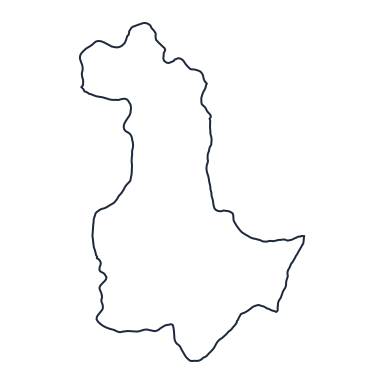 VIII-2 Lower Potaro/Ladsm, Potaro-Siparuni, Guyana (Robinson projection)
{"feature_id": "73187651B19999842805850", "entity_name": "VIII-2 Lower Potaro/Ladsm", "entity_type": "district", "adm_level": 2, "iso_a3": "GUY", "parent_name": "Guyana", "parent_adm1": "Potaro-Siparuni", "projection": "robinson", "projection_center": [-59.037, 4.863], "detail": "fine", "context": "isolated", "style": "outline", "palette": "slate", "viewbox_px": 384, "rotation_deg": 0, "n_neighbors": 0, "source": "geoboundaries", "source_scale": "gbopen_adm2", "svg_char_len": 5921}
<svg xmlns="http://www.w3.org/2000/svg" viewBox="0 0 384 384"><path d="M206.8,83.6L204.9,81.5L203.8,79.2L203.0,75.7L202.4,74.1L201.4,72.7L200.4,71.6L198.8,70.8L196.8,70.1L195.3,69.7L193.9,69.4L192.3,69.4L190.7,69.2L189.4,68.2L188.4,67.1L187.1,65.9L185.4,63.8L183.3,60.6L181.7,59.3L180.0,58.5L178.3,58.2L176.4,58.9L174.8,59.5L173.6,61.0L169.7,62.7L168.2,63.0L166.5,62.6L165.1,61.6L163.9,60.5L163.3,58.3L163.6,56.0L163.7,53.3L164.6,51.4L165.2,49.6L164.5,48.1L163.0,46.8L161.0,44.9L159.5,43.4L158.3,42.3L157.1,40.9L156.0,39.8L155.7,37.8L155.5,35.8L155.8,33.9L155.1,32.4L153.9,30.6L152.4,29.0L151.2,27.5L150.6,25.9L149.5,24.7L147.7,23.7L146.1,23.1L144.7,23.0L142.6,23.2L140.7,24.0L138.7,24.6L136.7,25.3L135.0,26.0L132.7,26.8L131.4,27.8L129.2,31.3L129.0,33.0L128.6,34.9L127.2,36.1L126.6,38.2L126.0,40.1L125.3,41.7L124.5,43.3L123.1,44.6L121.8,45.8L120.3,46.6L118.6,47.2L117.0,47.4L115.0,47.2L113.5,46.9L111.6,46.5L109.6,45.3L103.8,42.3L101.5,41.4L99.9,41.1L98.0,41.0L96.1,41.5L94.4,42.7L93.1,43.9L91.6,45.1L90.2,46.1L87.2,47.9L85.8,48.8L82.9,51.6L81.8,52.7L80.6,54.5L80.1,56.1L79.9,58.4L80.7,61.0L81.4,63.0L82.1,64.7L82.4,66.4L82.7,68.1L82.6,70.0L81.8,73.5L82.0,75.7L82.4,77.8L83.0,79.6L83.2,81.5L83.1,83.6L82.9,85.3L81.4,87.1L83.4,89.2L84.5,91.4L86.2,91.9L88.0,93.0L89.5,94.0L91.3,94.3L93.3,95.2L96.8,96.4L98.7,96.7L102.5,97.3L106.6,98.5L108.5,99.1L110.8,99.7L113.1,99.9L116.6,99.9L118.0,100.0L119.9,99.6L121.5,99.1L123.5,98.8L125.5,98.8L126.9,99.5L128.2,100.7L129.3,102.6L130.4,104.4L130.8,106.1L131.0,108.3L130.7,110.3L130.6,112.0L130.2,113.7L129.5,115.4L128.2,117.4L127.1,119.0L126.0,120.7L124.7,122.9L124.0,124.7L123.7,127.0L124.1,128.9L124.9,130.3L126.2,131.5L127.6,132.3L129.3,133.3L130.5,134.6L131.5,136.6L132.0,138.3L132.2,140.2L132.7,141.7L133.0,144.0L133.1,146.4L132.1,151.1L132.1,153.1L132.1,154.9L131.8,157.2L131.6,161.8L131.9,164.0L132.0,166.1L131.8,170.6L131.7,172.9L131.5,174.8L131.0,176.9L130.7,178.8L130.3,180.7L129.2,182.1L127.4,183.9L125.9,185.6L124.6,187.7L123.9,189.2L122.8,191.0L121.7,192.7L120.3,194.3L119.0,195.7L118.0,197.3L117.0,199.1L115.7,200.8L114.1,202.7L112.0,204.0L110.3,204.9L108.5,206.1L105.9,207.6L103.9,208.4L102.0,208.8L100.0,209.7L98.3,210.9L96.8,212.0L95.5,213.5L95.0,215.4L94.2,217.7L93.7,219.5L93.6,222.2L93.2,224.8L93.1,226.5L93.0,228.6L92.8,230.9L92.7,232.7L92.5,234.8L92.5,236.4L93.0,240.1L93.6,245.7L94.0,247.6L95.4,251.9L96.1,255.2L97.1,256.7L96.9,258.2L98.6,259.2L99.7,260.4L100.5,262.0L100.8,263.7L100.3,265.5L99.6,267.5L99.4,269.8L100.2,271.3L101.6,272.2L103.2,272.9L104.4,273.9L105.6,275.7L106.5,277.3L106.0,279.3L104.9,280.8L103.7,282.0L102.6,283.1L101.2,284.6L100.3,285.8L99.5,287.4L99.6,289.0L100.5,291.3L101.2,292.8L101.9,295.5L102.0,297.6L101.4,299.5L101.4,301.6L102.1,303.2L102.7,305.0L102.9,307.3L102.6,309.1L101.5,310.7L100.2,312.3L98.9,314.0L97.7,315.4L96.8,317.2L96.6,319.3L97.5,320.9L98.6,322.3L100.1,323.7L103.1,325.9L105.0,326.9L106.5,327.6L109.5,328.7L112.7,329.6L114.4,330.0L115.8,330.9L117.4,331.5L119.2,332.1L120.8,332.1L122.5,331.6L124.7,331.4L127.8,331.0L135.6,331.5L137.5,331.5L139.4,331.2L140.8,330.8L142.2,330.3L143.8,329.8L145.4,329.6L147.1,329.5L150.2,330.3L151.7,330.5L153.5,331.0L155.4,331.1L157.4,330.4L158.7,329.7L160.2,328.4L161.5,327.6L164.4,325.8L165.9,325.2L169.0,324.7L170.6,324.2L172.6,324.8L173.3,326.6L173.6,328.7L173.9,330.3L174.2,334.5L174.3,336.7L174.5,339.0L175.0,340.7L175.9,342.6L177.2,344.0L179.1,345.4L180.1,346.6L181.9,350.2L185.2,355.8L186.1,357.1L187.4,358.4L189.0,359.9L190.5,360.9L192.3,361.0L194.0,360.8L195.7,360.9L198.4,360.8L200.2,360.1L201.7,359.2L203.1,357.8L204.7,357.1L206.4,356.2L209.1,353.2L210.5,351.9L213.0,349.2L214.0,347.9L214.8,346.5L215.5,345.1L217.3,342.0L218.6,340.5L220.0,339.3L221.8,338.2L223.1,337.1L226.3,334.2L227.8,332.5L228.8,331.4L230.2,330.5L231.7,329.0L232.7,327.6L234.3,325.9L235.4,324.5L236.6,322.8L236.9,321.1L238.0,319.8L238.8,317.8L240.9,314.1L242.6,313.3L244.5,312.7L247.6,310.9L248.9,309.9L250.2,309.0L251.6,307.8L253.2,306.7L255.2,305.9L256.6,305.4L258.8,305.0L262.0,306.1L263.5,306.4L265.4,307.4L267.1,308.5L268.9,308.9L270.6,309.9L272.0,310.5L274.4,311.1L276.3,311.9L277.4,310.9L277.7,309.9L277.6,308.1L277.8,306.5L277.9,304.8L278.1,302.8L278.7,301.0L279.7,299.3L280.9,297.5L281.4,295.9L282.2,293.9L282.7,292.1L283.9,289.8L285.0,288.2L285.7,286.6L286.1,284.3L286.1,282.5L286.4,280.7L287.8,276.3L287.5,273.8L287.5,271.9L288.2,269.9L289.5,267.7L291.2,263.7L292.5,262.1L294.6,258.6L295.9,256.0L297.2,254.1L298.1,252.4L299.1,250.6L301.2,247.0L302.2,245.1L303.1,243.8L303.5,242.1L303.8,238.8L304.1,236.1L301.6,236.0L300.1,236.6L298.4,236.6L296.9,237.4L294.9,238.2L293.0,239.2L291.5,239.8L289.6,240.2L287.8,240.6L286.2,240.1L284.5,239.5L282.8,239.5L281.0,239.9L279.4,239.9L277.8,240.1L276.2,240.6L273.0,241.2L271.2,240.9L269.1,241.0L267.0,241.6L265.5,241.6L263.6,241.5L262.1,241.2L260.8,240.4L259.0,239.8L257.5,239.5L256.1,239.0L252.5,238.3L250.7,237.6L249.2,236.7L245.5,234.6L244.0,233.6L242.4,232.7L240.8,231.2L238.7,228.6L236.7,225.9L235.4,223.7L234.2,221.8L233.5,219.8L233.4,217.7L233.3,215.7L232.9,213.9L231.8,212.7L230.5,212.0L228.7,211.2L226.7,211.0L223.6,210.5L221.8,211.1L220.1,211.3L218.1,211.0L216.0,210.0L214.6,208.6L213.9,206.5L213.5,204.9L212.9,200.5L212.4,198.5L211.7,196.4L211.5,194.6L211.4,193.0L211.0,191.3L210.5,189.4L210.3,186.7L209.7,183.8L209.1,181.1L208.7,178.2L208.1,175.6L207.3,173.4L206.8,171.3L206.5,169.5L206.5,167.5L206.8,165.0L207.6,162.9L208.0,160.9L207.7,159.3L207.6,155.9L207.9,153.8L208.7,151.7L209.3,149.2L209.7,147.2L210.6,145.9L211.3,144.3L211.4,141.9L211.6,140.3L211.5,138.3L211.1,136.3L210.5,134.2L210.4,132.1L210.2,129.5L210.0,126.9L210.1,124.4L210.1,122.7L210.3,121.1L209.6,118.8L210.7,117.3L210.7,115.6L209.6,113.9L208.0,112.3L206.9,110.8L206.1,109.1L205.1,107.3L203.2,105.6L201.8,104.2L201.4,102.4L201.3,98.2L201.7,96.6L202.4,94.3L203.0,92.5L204.0,90.9L204.8,89.3L205.6,87.4L206.0,85.4L206.8,83.6Z" fill="none" stroke="#1e293b" stroke-width="2"/></svg>